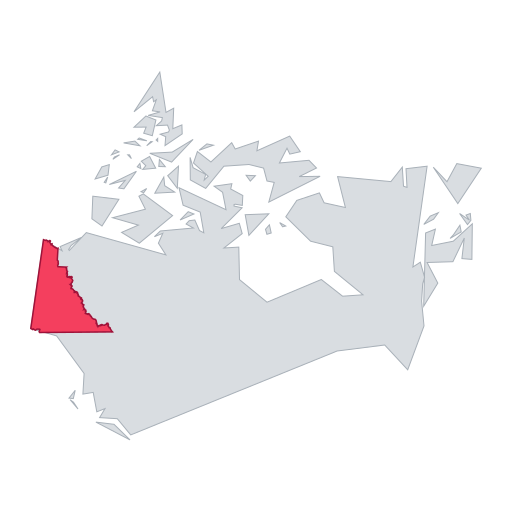 Yukon on a map of Canada (Albers equal-area conic projection)
{"feature_id": "CAN-636", "entity_name": "Yukon", "entity_type": "Territory", "adm_level": 1, "iso_a3": "CAN", "parent_name": "Canada", "parent_adm1": "", "projection": "albers", "projection_center": [-131.937, 64.827], "detail": "fine", "context": "in_parent", "style": "filled", "palette": "rose", "viewbox_px": 512, "rotation_deg": 0, "n_neighbors": 0, "source": "natural_earth", "source_scale": "10m", "svg_char_len": 8671}
<svg xmlns="http://www.w3.org/2000/svg" viewBox="0 0 512 512"><path d="M84.1,373.5L56.6,335.9L30.7,328.5L43.5,239.7L62.1,250.8L60.1,246.6L81.5,237.4L71.1,245.6L68.6,249.5L69.3,250.5L86.3,232.6L165.9,254.9L158.4,243.2L162.8,233.3L154.4,236.7L160.3,231.0L193.4,228.0L186.1,224.0L189.2,220.7L194.8,220.0L199.5,230.6L203.8,232.8L200.2,212.1L183.1,205.2L179.0,187.7L226.0,209.7L222.6,192.3L214.1,186.2L231.9,183.7L230.7,189.0L242.8,195.5L242.3,205.4L235.2,204.2L234.0,204.6L234.1,206.1L242.1,207.8L221.2,228.6L239.3,223.3L242.2,233.6L223.9,248.0L238.8,247.1L239.5,279.6L267.0,302.2L321.3,279.5L342.6,296.2L363.0,294.8L334.4,271.4L332.8,246.8L310.6,241.2L285.8,216.8L296.8,200.4L319.4,192.9L324.1,202.8L345.4,207.5L337.6,176.6L390.9,181.6L402.3,167.1L403.5,186.2L407.0,187.4L406.0,168.7L427.1,166.2L412.9,267.0L420.3,262.2L424.6,277.3L422.7,283.7L421.6,301.1L424.0,325.9L407.7,369.8L384.7,345.0L337.1,351.0L130.7,434.9L117.3,418.7L99.6,417.6L105.0,408.6L96.8,411.8L93.2,392.4L82.9,394.1L84.1,373.5ZM204.2,180.1L208.2,176.3L193.5,163.0L197.4,151.5L210.9,162.0L231.7,142.7L235.2,149.0L258.5,141.1L256.9,150.8L289.7,136.1L300.3,151.7L289.8,154.1L287.0,148.2L279.4,163.0L309.0,160.3L316.5,168.0L299.2,176.6L320.1,176.3L268.8,202.1L274.2,182.4L267.0,181.0L263.6,168.1L249.0,164.5L223.9,166.2L205.7,188.4L190.3,179.9L190.1,157.4L193.1,167.7L205.6,174.4L204.2,180.1ZM134.0,111.8L159.8,72.1L166.0,112.4L173.7,108.2L172.8,128.7L181.9,124.9L182.2,133.9L165.0,145.6L165.7,136.7L160.2,134.2L168.5,132.0L169.4,130.2L167.5,125.1L156.3,125.7L161.6,121.0L162.4,117.6L148.2,115.4L160.1,111.9L152.4,110.8L156.3,99.8L153.6,101.7L152.6,96.7L134.0,111.8ZM112.6,217.7L145.4,209.2L138.9,196.2L143.3,193.9L172.6,215.6L139.3,243.2L121.6,232.4L138.4,225.1L112.6,217.7ZM452.9,261.7L427.1,262.5L437.8,283.1L423.7,306.2L425.6,233.0L435.4,229.1L431.7,245.5L453.3,241.2L472.3,223.8L471.9,259.4L461.9,258.6L464.3,238.0L452.9,261.7ZM92.8,196.2L118.9,199.3L102.0,226.0L91.9,218.8L92.8,196.2ZM134.0,127.2L145.9,116.0L155.9,120.0L152.3,135.7L143.7,133.2L146.1,127.1L134.0,127.2ZM149.8,153.3L172.2,152.1L193.1,139.4L171.6,162.1L149.8,153.3ZM109.3,184.5L136.4,171.3L123.9,188.8L118.6,188.0L125.2,180.4L109.3,184.5ZM433.3,167.2L447.0,181.7L456.8,163.6L481.3,168.2L457.8,203.6L433.3,167.2ZM154.8,193.2L163.8,177.1L164.7,185.7L174.7,192.1L154.8,193.2ZM248.9,235.4L245.2,214.7L268.8,213.8L248.9,235.4ZM167.7,175.7L178.5,166.1L177.3,188.3L167.7,175.7ZM109.3,164.6L108.0,175.2L95.1,179.0L101.8,166.9L109.3,164.6ZM149.6,156.5L155.7,168.2L142.7,169.4L145.8,165.7L141.3,161.2L149.6,156.5ZM123.6,142.9L134.9,141.1L140.0,145.8L123.6,142.9ZM95.9,422.1L114.0,424.3L130.0,439.9L95.9,422.1ZM199.0,150.3L206.9,143.9L213.4,145.2L199.0,150.3ZM180.1,220.0L188.2,211.7L193.9,214.0L180.1,220.0ZM159.4,159.5L165.3,166.7L158.8,166.5L159.4,159.5ZM139.2,138.0L146.9,140.8L137.7,139.3L139.2,138.0ZM246.1,175.3L255.4,175.7L250.3,181.1L246.1,175.3ZM114.4,157.0L119.5,154.8L112.9,159.3L114.4,157.0ZM146.7,188.5L143.7,192.7L141.0,191.7L146.7,188.5ZM459.6,213.5L469.4,220.1L466.0,215.1L470.3,213.5L470.9,220.3L467.5,224.6L459.6,213.5ZM115.1,149.9L119.1,151.9L111.5,154.8L115.1,149.9ZM438.3,212.7L433.6,219.2L423.8,224.4L430.2,216.1L438.3,212.7ZM269.4,224.8L271.2,233.0L266.9,234.3L265.5,229.3L269.4,224.8ZM69.0,398.1L75.2,390.3L73.3,398.6L69.0,398.1ZM146.7,145.7L150.8,141.5L152.2,141.7L146.7,145.7ZM139.9,163.4L140.9,168.6L137.2,166.8L139.9,163.4ZM450.1,238.4L453.5,234.7L459.9,225.2L461.2,231.9L450.1,238.4ZM279.7,222.6L285.7,226.0L282.6,226.8L279.7,222.6ZM107.7,177.0L105.8,182.9L104.2,182.3L107.7,177.0ZM157.7,138.4L157.7,141.4L156.1,140.0L157.7,138.4ZM129.5,154.8L131.4,158.6L127.7,154.8L129.5,154.8ZM70.1,399.7L73.5,402.2L78.0,409.0L70.1,399.7Z" fill="#d9dde1" stroke="#a8b0b8" stroke-width="1"/><path d="M32.8,329.6L30.8,328.5L30.8,328.4L43.5,239.7L43.8,239.8L43.9,240.0L44.0,240.0L44.0,239.9L44.6,240.2L45.4,240.4L46.0,240.5L46.3,240.4L47.1,240.5L48.1,241.0L47.5,240.7L47.7,241.0L48.8,241.4L49.0,241.7L49.5,241.8L49.9,242.7L50.6,243.4L51.0,244.2L51.0,244.6L51.4,244.5L51.6,244.7L51.8,244.1L51.6,244.2L51.8,244.0L52.0,244.2L52.0,244.7L52.0,244.8L52.3,245.3L52.7,245.7L54.5,247.1L54.9,247.1L55.0,247.3L54.8,247.2L54.8,247.3L55.2,247.5L55.5,247.8L56.1,247.8L56.3,247.9L56.4,248.1L56.6,248.2L57.1,248.6L57.4,248.7L57.6,248.5L57.8,248.5L57.8,248.4L58.0,248.3L57.3,259.7L57.4,260.0L57.4,260.4L57.9,260.7L58.0,260.8L58.1,261.2L58.2,261.7L58.2,261.9L58.2,262.0L58.1,262.5L58.0,262.8L58.3,263.1L58.3,263.3L58.2,263.3L58.3,263.9L58.2,264.1L58.1,264.6L57.8,264.9L57.7,265.0L57.8,265.3L57.7,265.7L57.7,265.8L57.7,266.1L57.8,266.4L57.9,266.7L66.6,267.1L66.4,267.3L65.8,267.3L65.6,267.5L66.2,268.0L66.4,268.2L66.4,268.3L66.5,268.5L66.6,268.8L66.8,269.0L66.7,269.4L66.5,269.7L66.5,269.8L66.8,270.2L66.7,270.5L66.9,270.7L67.1,271.1L67.4,271.3L67.1,271.6L67.0,271.8L67.0,272.0L67.2,272.3L67.2,272.5L66.8,272.4L66.7,272.6L66.7,273.1L66.5,273.8L67.2,273.9L67.4,274.0L67.4,274.3L67.4,274.7L67.4,275.1L67.4,275.3L67.0,275.6L66.9,275.8L66.8,276.1L67.2,276.3L67.1,276.9L67.2,277.1L68.0,277.3L68.2,277.2L68.3,276.9L68.5,276.9L69.1,276.6L69.7,276.5L69.9,276.6L69.9,276.8L69.9,277.0L69.6,277.6L69.9,277.7L70.3,277.6L70.3,277.3L70.4,277.1L70.6,277.0L70.9,276.6L71.2,276.5L71.3,276.6L71.4,277.0L71.6,277.1L71.9,276.9L72.1,277.0L72.1,277.4L71.4,277.8L71.2,278.1L71.2,278.3L72.0,279.1L72.3,279.6L72.4,279.8L72.6,280.1L72.8,280.8L72.6,281.0L72.4,281.2L72.3,281.5L72.2,281.8L72.2,282.2L72.0,282.3L72.0,282.5L71.3,283.1L71.2,283.3L71.2,283.7L70.9,283.8L70.6,284.3L70.3,284.3L70.6,284.4L70.6,284.6L70.3,284.6L70.6,284.9L70.7,285.0L70.7,284.8L70.9,284.8L71.1,284.6L71.3,284.9L71.2,285.5L71.5,285.7L71.9,285.7L72.0,285.8L72.1,286.2L72.0,286.3L71.8,286.3L71.7,286.6L71.4,286.8L71.4,287.0L71.5,287.4L71.5,287.6L71.4,287.8L71.0,288.0L70.9,288.2L71.2,288.7L71.5,288.5L72.1,288.7L72.8,289.3L73.2,289.4L73.7,290.3L74.1,290.7L74.5,290.8L74.7,291.1L74.6,291.4L74.4,291.7L74.2,292.0L74.2,292.4L74.8,292.3L75.0,292.5L75.2,292.4L75.5,292.3L75.6,292.2L75.8,292.1L75.9,291.7L76.0,291.6L76.5,291.9L77.0,292.0L77.3,292.4L77.3,292.6L77.6,292.9L77.3,293.4L77.7,293.5L77.9,294.0L78.1,294.2L77.9,294.6L77.9,294.8L78.2,295.3L78.2,295.6L78.5,295.5L78.6,295.9L78.6,296.1L78.7,296.3L79.4,296.7L79.6,296.6L80.0,297.0L80.2,297.3L80.3,297.5L81.0,297.9L81.3,297.8L81.5,298.0L81.4,298.2L81.3,298.3L81.1,298.3L81.0,298.5L80.7,298.5L80.6,298.8L80.9,299.2L81.4,298.8L81.5,298.9L81.6,299.0L81.6,299.3L81.5,299.5L82.1,299.6L82.1,299.9L82.4,300.1L82.7,300.9L82.4,301.2L82.4,301.3L82.4,301.8L82.1,302.1L81.7,302.3L81.5,302.5L81.4,303.0L81.5,303.0L81.8,303.0L82.2,303.6L82.5,303.6L82.7,304.3L82.8,304.4L82.7,304.6L82.8,304.6L83.2,304.9L83.6,304.8L83.8,304.8L83.8,305.0L83.6,305.5L83.4,306.0L83.4,306.4L83.4,306.5L83.2,306.6L83.1,306.8L83.5,307.2L83.8,307.8L83.7,307.9L83.8,308.1L83.9,308.3L84.1,308.3L84.2,308.5L84.3,308.6L84.3,308.9L84.5,309.0L84.2,309.4L84.1,309.5L84.7,309.4L85.2,309.9L85.6,310.0L85.8,310.1L85.9,310.4L85.8,310.6L85.5,310.6L85.5,310.9L85.4,311.0L85.5,311.2L85.8,311.4L85.5,311.6L85.4,311.8L85.6,312.5L85.8,312.8L85.9,313.0L85.6,313.4L85.5,313.5L85.8,313.6L86.3,313.9L86.8,313.7L87.2,313.8L87.3,313.8L87.5,313.9L87.6,314.3L87.9,314.4L88.1,313.9L88.3,313.7L88.9,313.7L89.1,314.1L89.7,314.5L89.6,314.8L89.9,315.0L90.2,315.3L90.4,315.7L90.5,316.1L90.9,316.1L91.1,316.2L91.5,316.9L91.5,317.3L91.7,317.6L92.0,317.8L92.5,318.4L93.0,318.6L93.2,318.9L93.5,319.0L93.8,319.2L94.5,319.3L94.8,319.1L95.6,319.6L95.7,319.8L95.8,320.2L96.1,320.4L96.1,320.8L96.3,321.3L96.5,322.2L96.4,322.5L96.5,322.8L96.4,323.0L96.1,323.1L96.1,323.3L96.3,323.6L96.6,323.3L96.9,323.4L96.9,323.9L97.1,324.4L97.1,324.8L97.1,325.3L97.3,325.5L97.3,325.8L97.3,326.0L97.6,326.2L97.9,325.9L98.0,326.0L98.3,326.2L98.3,326.3L98.8,325.7L99.1,325.5L99.5,325.8L100.1,325.8L100.3,325.7L100.4,325.4L100.3,325.1L100.5,324.9L100.8,324.9L100.9,325.0L100.9,325.3L101.0,325.4L101.4,325.4L101.5,325.4L101.6,324.8L101.7,324.6L101.8,324.5L102.2,324.6L102.7,325.0L103.5,325.1L104.4,325.3L104.8,325.1L105.2,324.6L105.9,324.4L106.6,324.4L106.6,323.9L106.6,323.7L106.7,323.4L106.8,323.3L107.1,323.4L107.5,323.4L107.8,323.2L108.0,323.4L108.2,324.2L108.5,324.8L108.5,325.1L108.0,325.6L108.0,325.9L108.2,326.3L108.9,326.9L109.0,327.2L109.2,327.7L109.8,327.6L110.0,327.7L110.1,327.8L110.2,328.1L110.3,328.6L110.4,329.0L110.7,329.5L111.0,330.0L111.5,330.6L111.7,331.1L111.5,331.7L111.6,331.9L112.2,331.6L112.3,331.6L112.5,331.7L112.6,331.9L39.6,332.5L39.1,331.7L39.8,329.7L39.9,329.4L39.7,329.2L37.0,329.1L35.5,330.2L35.2,330.2L33.3,328.9L33.2,328.9L32.9,329.5L32.8,329.6ZM49.8,240.5L50.4,240.9L50.5,241.1L50.4,241.3L50.0,241.2L49.6,241.6L49.3,241.4L49.2,241.1L48.9,241.2L49.4,240.6L49.8,240.5Z" fill="#f43f5e" stroke="#9f1239" stroke-width="1.5"/></svg>